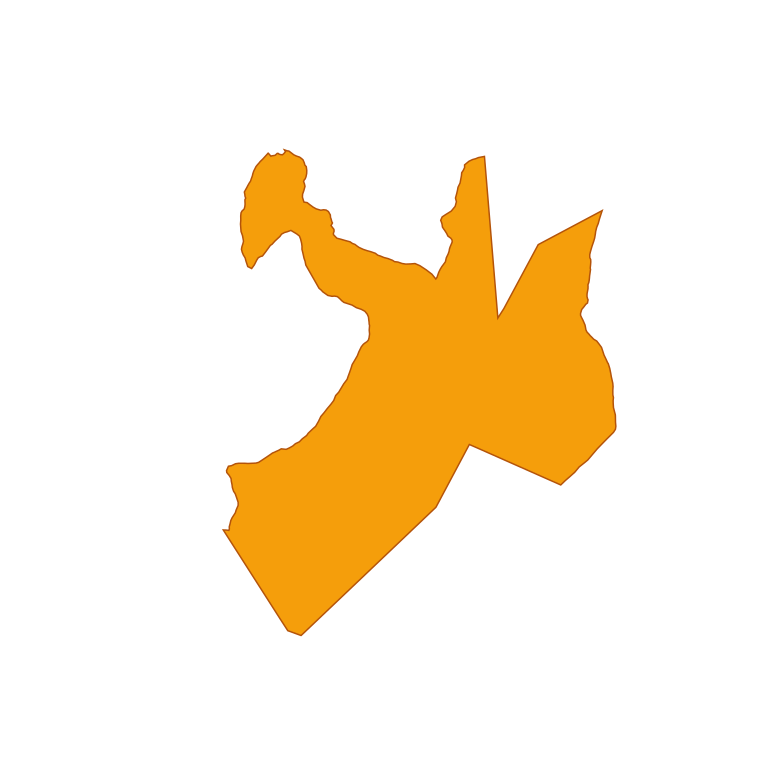 San Miguel Piedras, Oaxaca, Mexico, rotated 31°
{"feature_id": "50627088B74444100420384", "entity_name": "San Miguel Piedras", "entity_type": "district", "adm_level": 2, "iso_a3": "MEX", "parent_name": "Mexico", "parent_adm1": "Oaxaca", "projection": "robinson", "projection_center": [-97.237, 16.979], "detail": "fine", "context": "isolated", "style": "filled", "palette": "amber", "viewbox_px": 768, "rotation_deg": 31, "n_neighbors": 0, "source": "geoboundaries", "source_scale": "gbopen_adm2", "svg_char_len": 4982}
<svg xmlns="http://www.w3.org/2000/svg" viewBox="0 0 768 768"><g transform="rotate(31 384 384)"><path d="M442.4,642.3L442.5,642.2L466.4,555.7L492.0,462.9L488.3,391.9L496.7,390.8L587.5,379.5L589.2,373.2L591.0,367.7L593.0,361.2L594.0,354.6L596.4,348.2L597.8,344.2L600.2,329.6L603.2,316.8L605.6,307.3L605.7,303.6L604.5,300.8L602.1,297.5L599.0,292.5L598.2,291.3L592.9,286.1L590.2,282.2L588.9,280.1L587.7,277.5L585.8,275.5L583.4,271.6L581.7,268.3L579.7,265.5L577.7,263.4L575.2,260.8L572.8,258.0L569.4,254.3L565.8,251.1L564.4,250.4L561.7,248.5L557.6,245.8L555.2,243.7L551.6,240.6L547.8,239.0L544.2,237.6L540.6,237.6L538.9,237.1L535.6,236.3L534.4,235.8L533.3,235.5L531.2,234.9L529.2,233.6L527.2,231.3L525.9,229.9L524.1,228.6L521.6,226.8L519.0,225.2L517.1,223.9L516.1,222.2L515.1,218.3L515.6,215.0L515.9,211.8L516.7,209.8L515.9,207.7L515.6,206.8L514.7,206.2L512.9,204.4L511.6,202.1L510.5,199.2L509.8,197.3L508.6,195.2L507.7,193.9L507.3,191.6L506.6,189.7L505.5,187.3L504.5,185.3L503.8,183.6L502.9,181.5L502.0,179.4L501.1,178.5L499.8,175.7L498.4,172.9L497.0,170.8L495.3,169.7L493.7,167.1L492.7,163.9L491.4,159.0L490.3,153.9L489.4,150.4L487.8,146.3L486.9,144.3L485.6,140.1L485.0,136.2L483.7,131.6L482.3,125.7L481.7,123.0L444.4,185.1L447.9,257.5L447.6,268.8L352.9,137.2L348.3,141.3L346.5,143.7L344.3,146.0L342.1,149.3L340.2,154.7L341.6,156.9L341.9,160.1L341.8,162.9L343.1,165.6L345.7,172.6L346.1,177.2L347.2,180.1L348.2,183.2L349.5,187.8L352.2,190.5L353.5,195.1L352.6,201.1L351.3,203.7L349.6,207.0L347.8,210.8L348.1,213.3L348.3,214.5L350.5,216.2L351.6,217.3L353.3,219.4L355.1,220.3L357.0,221.1L360.2,222.7L362.6,224.3L366.1,224.6L368.0,225.4L369.3,227.1L369.7,229.9L370.1,232.7L370.6,234.7L371.4,236.6L372.0,239.4L372.4,243.7L373.7,247.7L373.1,253.8L373.1,256.6L373.4,260.1L374.5,265.3L374.3,267.3L368.5,265.2L361.3,264.4L353.8,264.1L348.5,264.8L344.9,267.4L340.9,270.0L337.4,271.4L333.1,272.3L330.0,273.7L327.6,273.6L322.9,274.4L318.8,275.6L314.8,276.2L312.3,276.8L309.3,276.4L304.5,277.4L300.9,278.4L296.8,279.3L292.1,279.8L289.6,279.6L287.2,279.3L284.6,279.8L281.6,279.6L278.5,280.5L276.0,281.2L272.9,282.0L268.5,283.3L263.8,282.0L263.0,280.9L262.5,278.7L261.4,277.2L257.0,275.5L256.9,272.5L255.6,271.7L253.8,269.9L252.4,268.8L250.9,266.7L247.5,264.8L244.8,264.7L242.4,265.8L240.3,267.6L235.7,268.8L232.1,268.9L228.0,268.5L224.7,268.1L221.7,269.3L220.3,268.1L217.8,265.8L216.4,263.1L216.1,261.5L215.7,259.6L214.5,255.3L212.7,253.4L210.8,251.9L210.5,250.1L210.8,248.8L210.4,246.5L209.3,243.4L207.8,240.7L205.4,237.7L203.4,237.1L201.9,235.6L199.2,233.6L197.2,233.2L194.8,233.0L191.6,233.7L188.7,234.0L184.3,233.5L182.5,233.3L180.9,234.0L178.0,234.6L178.7,235.0L179.2,234.7L179.8,234.4L179.8,234.9L179.7,236.8L179.4,238.4L178.8,239.9L177.0,240.7L175.6,241.0L174.7,240.8L173.7,241.3L172.9,244.0L171.9,244.9L170.8,245.8L170.1,246.4L169.8,247.0L166.1,245.8L165.8,245.8L164.2,253.8L163.3,257.1L163.1,258.7L162.6,261.3L162.3,263.5L162.7,268.7L163.3,271.4L164.0,273.5L164.5,276.2L165.1,278.8L165.0,281.2L165.1,284.5L165.2,285.7L165.4,291.3L165.7,291.7L167.0,293.1L168.2,294.7L169.7,295.9L169.9,297.7L170.9,299.3L172.3,301.4L173.3,303.5L174.0,306.0L173.2,308.9L173.3,310.9L174.6,313.7L176.9,317.4L178.6,320.8L181.0,324.2L182.9,326.9L186.3,329.7L190.0,333.9L190.7,336.0L191.5,339.5L192.4,341.9L193.0,342.5L194.5,344.0L196.9,345.8L200.1,347.5L202.1,349.5L206.7,353.5L211.1,353.2L211.5,348.7L211.1,343.1L211.2,340.5L212.6,338.2L213.9,336.9L214.5,331.8L214.9,327.3L215.2,323.7L216.1,321.8L216.9,317.7L217.9,314.2L218.8,311.1L219.0,308.3L220.7,305.4L222.6,303.4L225.1,300.3L228.2,300.3L231.8,300.3L235.2,300.7L237.6,302.5L240.8,305.7L242.8,308.2L244.3,310.8L246.6,313.1L250.7,317.4L253.1,319.4L255.7,322.3L279.0,335.4L282.1,335.9L283.9,336.5L287.6,336.8L290.3,337.0L294.3,335.6L296.2,334.2L299.0,333.1L301.9,333.6L305.0,334.4L307.6,334.7L315.9,332.8L321.0,332.8L326.0,331.7L330.1,331.5L333.7,332.8L336.1,334.5L338.7,337.9L339.2,338.4L339.8,339.4L340.9,340.8L341.3,341.0L341.9,342.1L343.6,345.5L345.9,348.6L347.4,352.1L348.0,354.6L347.5,356.7L346.4,359.0L345.8,360.7L345.4,363.8L345.9,369.5L346.6,373.5L346.7,379.1L346.7,383.7L347.6,387.3L348.6,392.1L349.5,396.8L350.0,399.0L349.4,404.6L349.4,407.6L349.4,414.3L348.5,418.8L349.4,424.0L348.9,428.8L348.0,434.4L347.4,439.6L346.6,444.3L347.1,449.8L347.2,455.5L346.3,458.3L345.6,460.7L344.4,465.2L344.2,468.0L342.2,473.0L341.2,477.2L338.8,480.8L337.7,484.2L335.8,487.5L333.8,490.4L329.3,492.5L327.9,495.0L323.9,500.7L322.5,503.9L320.3,508.6L318.7,512.0L316.9,515.7L314.9,517.8L308.3,522.2L306.0,523.4L303.4,524.9L300.4,526.7L297.8,528.8L296.5,530.8L295.4,532.5L293.0,534.6L293.6,539.3L294.9,540.9L298.4,542.1L301.6,543.8L303.2,546.0L305.7,548.7L307.4,550.9L310.3,553.4L313.0,554.7L315.3,556.6L319.9,560.5L321.5,563.2L322.2,568.3L322.9,571.0L322.8,574.0L322.7,576.9L323.0,579.9L324.0,582.9L324.9,586.1L326.1,587.9L326.4,589.4L324.1,590.4L323.0,591.0L321.4,591.9L416.3,639.0L428.6,645.0L442.4,642.3Z" fill="#f59e0b" stroke="#b45309" stroke-width="1.5"/></g></svg>